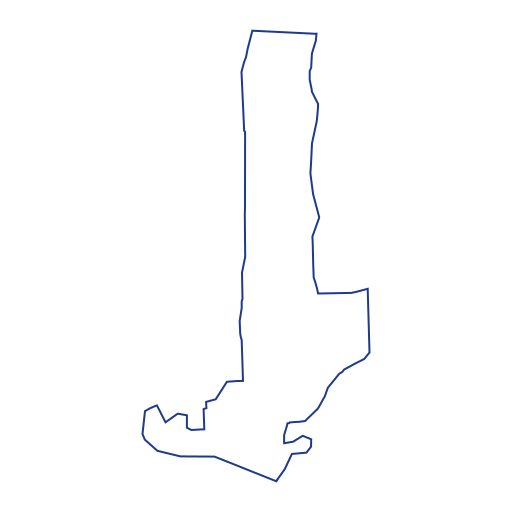 Gokdepe, Ahal, Turkmenistan (orthographic projection)
{"feature_id": "10190150B73322470423680", "entity_name": "Gokdepe", "entity_type": "district", "adm_level": 2, "iso_a3": "TKM", "parent_name": "Turkmenistan", "parent_adm1": "Ahal", "projection": "orthographic", "projection_center": [57.988, 38.679], "detail": "fine", "context": "isolated", "style": "outline", "palette": "blue", "viewbox_px": 512, "rotation_deg": 0, "n_neighbors": 0, "source": "geoboundaries", "source_scale": "gbopen_adm2", "svg_char_len": 1539}
<svg xmlns="http://www.w3.org/2000/svg" viewBox="0 0 512 512"><path d="M283.1,471.5L284.8,469.1L291.9,454.0L292.7,453.9L297.0,453.5L306.5,452.6L311.0,446.7L311.2,439.3L302.7,435.8L294.4,440.9L293.2,441.7L284.3,443.2L284.3,442.6L284.1,442.6L284.1,435.3L286.7,426.5L286.8,426.3L287.5,423.3L289.2,423.1L289.8,422.4L297.0,421.9L298.7,421.9L305.1,421.0L317.6,408.9L319.1,406.6L323.8,398.0L324.7,396.6L327.9,387.7L339.2,373.8L342.3,371.9L344.2,369.5L356.0,363.1L364.2,359.0L369.5,352.5L367.7,288.8L355.0,292.2L353.7,292.3L351.8,292.9L318.4,293.5L318.3,293.1L318.0,293.2L317.0,288.4L315.3,282.3L313.7,277.6L313.2,263.8L312.7,242.6L312.4,236.6L319.0,218.2L319.2,217.2L313.1,194.2L310.5,174.3L310.5,173.6L310.4,173.0L311.0,163.9L312.0,143.3L316.8,121.0L318.0,107.9L318.1,104.0L311.9,91.7L311.7,89.7L309.7,79.8L309.7,71.2L311.2,67.5L311.9,53.6L315.8,40.9L316.5,33.7L315.9,33.7L315.8,33.8L252.3,30.7L252.3,30.9L247.7,48.6L246.0,57.2L244.0,62.4L241.5,72.0L244.1,129.3L244.1,130.6L245.1,131.9L245.0,206.9L244.8,214.4L245.2,256.9L242.0,272.7L242.5,298.7L241.7,301.3L241.7,308.0L239.7,320.8L239.8,323.8L240.2,333.6L240.7,336.6L241.7,340.2L243.0,380.9L235.7,381.1L226.9,381.8L215.7,399.3L206.1,401.9L206.1,402.2L206.4,408.1L203.6,409.1L204.3,429.3L199.9,429.5L191.4,430.0L191.2,429.9L186.9,427.7L186.9,415.3L178.0,413.7L176.8,414.3L165.5,422.3L157.8,407.1L156.8,405.4L150.6,408.0L145.0,411.1L142.5,434.0L144.8,439.6L157.4,450.8L180.4,456.4L214.5,456.6L276.4,481.3L277.6,479.4L277.4,479.4L283.1,471.5Z" fill="none" stroke="#1e3a8a" stroke-width="2"/></svg>